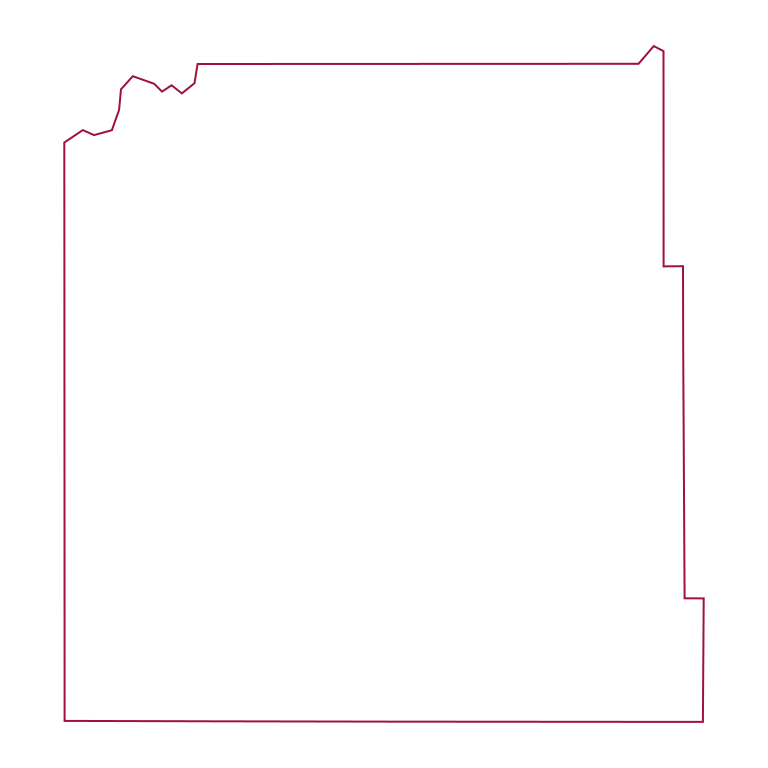 outline of Oglala Lakota, South Dakota, United States of America
{"feature_id": "52423323B93521061144521", "entity_name": "Oglala Lakota", "entity_type": "district", "adm_level": 2, "iso_a3": "USA", "parent_name": "United States of America", "parent_adm1": "South Dakota", "projection": "mercator", "projection_center": [-102.605, 43.353], "detail": "fine", "context": "isolated", "style": "outline", "palette": "rose", "viewbox_px": 768, "rotation_deg": 0, "n_neighbors": 0, "source": "geoboundaries", "source_scale": "gbopen_adm2", "svg_char_len": 446}
<svg xmlns="http://www.w3.org/2000/svg" viewBox="0 0 768 768"><path d="M64.4,266.2L64.6,720.9L209.6,721.3L421.5,721.7L454.0,721.7L702.9,721.9L703.7,598.4L684.6,598.3L683.2,349.5L683.0,266.2L663.6,266.4L663.5,51.1L653.7,46.1L638.5,63.8L197.6,64.0L194.5,83.2L181.9,93.4L171.6,85.3L162.0,91.6L154.2,83.8L132.8,76.2L121.0,89.3L119.1,109.8L111.9,130.2L94.0,135.1L82.8,130.1L64.3,142.5L64.4,266.2Z" fill="none" stroke="#9f1239" stroke-width="2"/></svg>